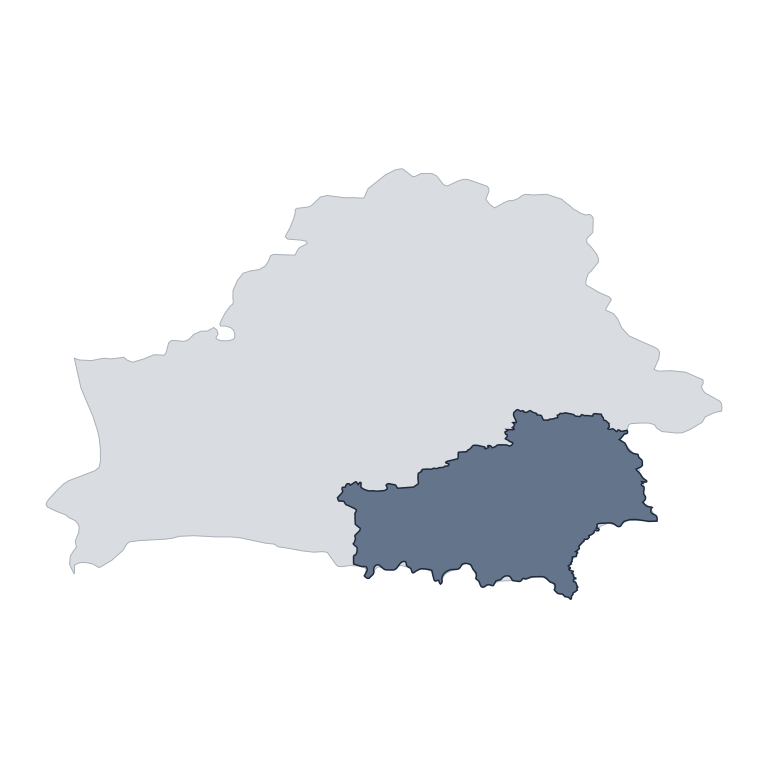 Gomel highlighted on a map of Belarus
{"feature_id": "BLR-2339", "entity_name": "Gomel", "entity_type": "Region", "adm_level": 1, "iso_a3": "BLR", "parent_name": "Belarus", "parent_adm1": "", "projection": "equal_earth", "projection_center": [29.578, 52.294], "detail": "fine", "context": "in_parent", "style": "filled", "palette": "slate", "viewbox_px": 768, "rotation_deg": 0, "n_neighbors": 0, "source": "natural_earth", "source_scale": "10m", "svg_char_len": 9746}
<svg xmlns="http://www.w3.org/2000/svg" viewBox="0 0 768 768"><path d="M656.9,521.0L643.4,520.4L627.2,520.6L618.1,525.6L608.2,523.2L601.2,525.9L585.3,539.5L579.1,546.8L573.2,558.1L569.6,566.5L571.6,572.3L574.6,577.8L575.4,583.6L576.9,588.2L572.9,591.6L570.6,596.4L563.8,595.6L555.5,591.0L553.7,584.2L547.2,579.6L543.0,577.2L536.1,576.8L525.0,579.0L510.5,580.6L499.5,581.1L493.5,583.5L484.7,585.8L481.3,583.0L476.4,575.4L472.4,567.9L469.7,564.6L467.3,563.6L464.3,563.8L460.9,566.2L458.4,568.7L449.2,571.5L445.1,574.2L440.7,581.2L437.7,580.7L434.7,579.1L431.3,571.3L426.5,569.5L418.8,569.4L409.3,567.8L401.6,565.4L398.8,566.0L394.2,569.3L389.2,569.8L378.3,566.8L376.2,568.2L369.8,576.7L366.9,577.2L365.2,576.1L366.2,568.6L360.0,566.0L349.3,565.6L341.8,566.7L338.1,566.4L336.3,564.9L327.3,552.4L322.5,551.6L313.8,552.2L301.0,550.7L286.3,547.9L278.3,546.9L274.1,544.1L265.0,543.1L240.8,537.9L230.9,536.9L216.2,536.9L193.9,535.7L179.6,536.3L172.9,538.1L165.2,539.2L138.7,540.6L129.1,542.0L126.3,544.6L123.0,550.4L111.7,560.3L100.8,566.9L98.9,567.5L92.8,564.0L87.6,562.8L81.6,562.4L77.2,563.5L74.5,565.2L74.5,572.9L73.9,573.5L69.6,564.4L70.3,556.2L73.1,551.5L76.4,547.2L75.3,540.9L78.8,532.5L79.1,526.5L77.9,523.8L75.5,520.8L68.7,517.5L65.8,514.9L56.6,511.4L47.5,507.1L46.1,504.4L46.6,502.6L48.3,499.8L55.7,491.7L63.7,483.9L68.7,480.7L95.0,470.7L99.2,467.2L100.4,461.3L100.4,449.3L99.3,438.5L97.6,431.0L93.2,417.0L81.0,388.1L74.3,358.2L79.4,360.0L91.6,360.6L101.5,358.6L106.5,358.3L111.0,359.0L123.9,357.3L126.9,360.0L132.5,362.3L143.9,358.9L154.0,354.7L164.3,355.2L165.9,353.1L168.8,342.6L171.9,340.3L184.3,341.4L188.9,339.5L193.8,334.3L201.2,331.1L207.3,331.1L213.7,327.5L216.8,329.9L218.1,334.2L215.9,337.7L216.8,339.1L221.1,340.8L228.7,340.7L233.5,339.3L234.7,337.3L234.8,333.7L233.7,330.4L230.6,327.5L224.6,326.0L220.5,325.9L219.8,324.1L221.4,320.2L225.2,313.0L230.0,306.4L232.8,304.0L233.3,301.7L232.9,297.8L233.0,290.7L237.3,280.7L243.0,273.3L250.4,270.9L259.3,269.6L265.1,266.1L268.0,262.1L270.6,255.7L273.5,254.4L294.9,255.2L298.3,248.9L300.2,247.1L304.4,245.2L307.3,243.0L306.2,241.2L300.8,240.1L287.9,239.1L285.4,237.0L286.3,234.5L289.9,228.0L293.3,219.6L295.1,213.2L295.4,209.3L297.3,208.3L307.8,207.1L311.3,205.8L320.4,197.0L327.3,195.5L345.0,197.8L353.1,197.6L363.4,198.2L364.3,197.3L368.1,188.6L385.7,174.7L395.1,169.9L401.0,168.8L403.1,169.1L412.4,176.4L414.6,176.7L420.8,173.6L431.6,173.4L436.6,175.9L443.7,184.9L447.4,186.0L457.9,181.0L463.7,179.3L467.6,179.4L487.3,186.3L488.8,188.6L488.9,191.2L485.8,199.4L489.9,204.5L494.7,207.9L504.9,202.2L508.7,200.7L512.8,200.6L518.3,198.5L522.2,195.4L526.0,194.3L533.3,195.0L546.5,194.3L561.8,199.2L563.2,200.7L570.9,206.6L573.6,209.4L576.1,210.4L580.2,213.2L585.7,215.0L589.5,214.4L591.3,215.4L593.1,217.6L593.2,221.4L592.8,232.4L587.3,238.1L586.6,240.1L586.9,242.5L591.3,247.2L597.0,254.6L598.4,258.9L598.4,262.1L590.8,271.5L588.3,273.7L586.6,278.4L585.7,283.1L586.2,285.0L599.2,292.6L608.8,296.7L610.9,298.7L611.2,299.9L606.2,308.0L605.7,310.2L613.4,313.6L617.7,318.9L621.5,327.6L629.0,335.9L656.3,348.1L658.7,350.3L659.6,352.9L658.8,358.7L654.0,369.5L658.7,371.2L670.7,370.7L685.3,372.1L703.0,379.8L703.2,383.3L701.4,386.5L702.7,389.8L704.7,392.7L720.0,401.3L721.6,403.9L721.9,408.1L721.6,411.2L717.4,411.8L712.7,413.3L705.1,417.0L702.2,422.3L690.0,429.5L682.3,432.8L676.2,433.0L661.7,431.5L656.5,427.9L654.4,424.6L648.8,423.1L641.3,423.0L631.1,423.6L629.0,424.6L627.4,428.6L623.1,435.5L620.1,439.4L633.2,453.2L639.8,458.8L642.0,462.3L641.9,464.7L638.9,467.6L639.4,473.5L645.9,481.2L643.7,482.4L643.2,491.9L643.4,502.1L645.2,504.6L648.6,506.6L651.6,510.3L656.6,518.8L656.9,521.0Z" fill="#d9dde1" stroke="#a8b0b8" stroke-width="1"/><path d="M648.9,521.4L636.4,519.5L629.8,519.6L624.3,521.3L622.8,522.8L620.6,526.1L618.9,526.7L617.2,526.2L613.9,524.0L612.2,523.2L609.5,522.9L599.7,523.4L597.9,523.8L596.8,524.8L597.3,526.3L596.3,528.1L598.4,528.3L599.1,529.5L598.5,530.7L596.6,530.8L596.1,530.2L595.3,530.2L594.2,531.2L594.1,532.5L592.6,533.9L590.7,535.0L588.7,535.6L588.8,536.4L589.2,536.8L589.2,537.4L587.6,539.0L587.0,539.3L584.3,539.3L583.8,541.4L582.4,542.1L581.6,543.2L578.7,546.3L579.2,547.5L579.3,548.9L575.6,551.6L577.6,552.2L577.6,552.9L576.8,553.5L576.5,555.7L576.1,556.5L572.2,557.1L572.6,558.3L571.8,560.2L572.2,561.5L570.8,562.8L571.3,564.0L570.4,564.3L568.3,565.8L568.3,566.5L570.3,567.7L570.3,568.3L568.9,568.9L568.9,569.5L569.7,570.3L573.3,571.3L572.8,572.3L571.8,573.2L573.4,574.3L573.7,575.0L573.3,575.7L573.7,576.8L574.3,577.5L575.8,578.1L575.8,578.8L574.0,578.9L573.5,579.5L573.4,580.7L573.6,581.7L574.9,582.0L575.8,582.5L576.9,585.7L577.7,586.7L577.8,587.2L576.9,587.5L577.3,590.0L575.3,591.7L573.1,592.9L573.0,594.3L571.5,596.2L571.4,598.4L571.1,599.0L570.3,599.2L569.7,598.3L568.0,597.1L564.9,596.7L563.3,594.8L562.3,594.0L559.1,593.8L558.0,593.5L557.0,592.8L554.8,590.6L554.3,589.6L554.5,589.5L555.2,586.9L555.1,585.2L554.5,584.0L553.6,583.3L549.9,581.9L546.2,578.2L544.2,577.0L542.2,576.6L532.1,576.8L530.5,577.2L526.2,579.0L525.3,579.0L524.1,578.4L523.4,578.3L522.5,578.9L521.3,580.6L520.5,581.2L519.3,581.5L512.8,580.6L511.9,579.6L511.2,578.3L510.0,576.6L508.8,576.0L507.2,575.8L505.6,576.0L504.2,576.5L502.7,577.5L500.6,579.7L496.1,580.8L493.3,585.6L491.9,585.6L488.8,584.6L487.1,585.0L484.3,586.9L482.8,587.3L481.2,586.6L480.3,585.0L478.9,581.2L477.4,579.9L476.2,579.2L475.8,578.1L476.4,575.8L476.2,573.4L475.3,572.0L472.9,569.1L471.4,565.8L470.6,564.7L468.8,563.9L466.0,563.3L463.1,563.8L461.7,564.9L460.0,567.7L458.6,568.9L456.7,569.4L452.3,569.5L450.2,569.8L447.9,570.8L445.6,572.2L443.6,574.1L442.2,576.6L442.0,578.2L442.1,581.6L441.8,582.9L440.5,584.1L439.7,583.2L438.7,580.4L437.8,580.3L435.8,581.1L434.6,580.7L434.0,579.7L432.4,573.4L432.2,571.6L431.6,570.3L429.8,569.7L423.4,568.7L421.4,568.7L419.6,569.2L416.0,571.1L414.1,572.5L413.2,572.9L412.3,572.6L410.7,568.4L406.9,566.0L406.3,564.9L406.3,563.4L406.0,562.5L405.0,561.5L403.5,561.4L401.9,562.0L400.4,563.1L396.6,568.3L394.9,569.6L393.5,570.0L386.5,569.9L385.2,569.7L383.9,569.1L379.6,565.4L378.1,564.7L376.4,565.0L375.1,565.9L374.1,567.5L373.6,569.3L373.9,572.4L373.2,574.2L369.0,578.3L367.9,578.4L366.9,578.1L364.8,576.5L364.3,575.8L366.8,571.3L367.3,569.0L366.5,567.1L365.3,566.6L361.3,566.5L353.6,564.0L353.5,556.6L354.2,555.2L355.5,555.0L356.2,553.9L357.0,551.6L357.2,548.9L357.0,547.6L356.6,547.0L354.0,544.9L353.2,543.8L354.4,542.2L355.4,539.0L355.4,538.0L354.8,536.1L355.0,535.3L359.3,531.0L359.9,530.1L360.3,528.8L359.7,527.7L357.9,526.6L355.3,524.2L355.0,518.0L355.1,515.6L354.9,513.6L355.1,512.9L356.1,511.6L356.4,510.2L355.2,508.9L348.2,505.5L346.2,504.8L345.4,504.0L344.3,501.9L343.8,501.5L343.0,501.2L338.8,501.0L338.0,499.7L337.8,498.5L337.4,497.8L342.0,492.8L342.8,491.3L342.0,489.2L342.1,487.8L342.3,487.4L345.2,487.1L346.4,484.4L347.4,483.7L349.3,483.8L350.3,485.2L355.2,482.0L355.9,481.8L356.3,481.9L358.2,484.6L359.4,482.7L359.9,482.4L360.8,482.5L361.1,483.0L360.9,486.8L361.3,487.6L363.9,489.3L368.4,490.9L374.0,490.8L376.3,491.2L384.2,490.6L385.1,490.3L387.1,489.0L387.0,487.0L386.1,485.4L386.2,484.9L387.3,484.0L388.5,483.6L395.3,484.9L395.8,485.4L397.4,488.1L398.0,488.2L413.5,487.1L418.3,483.8L418.4,482.5L417.9,478.1L418.2,473.5L419.3,472.6L421.5,471.6L421.8,471.2L421.4,470.5L422.5,469.4L427.2,469.0L431.2,469.3L433.5,468.2L437.0,468.6L439.2,467.6L443.2,467.4L444.9,466.2L447.8,466.0L448.9,464.9L448.9,464.0L446.1,463.0L445.7,462.5L446.0,461.9L447.6,461.2L457.6,458.8L458.2,457.5L458.2,452.8L458.6,452.2L466.8,451.7L467.7,450.1L469.9,449.1L472.5,446.0L473.3,445.4L474.8,445.2L477.8,445.4L484.7,447.0L485.0,447.3L484.8,448.6L485.4,448.8L488.5,447.6L488.6,446.9L487.7,446.1L488.0,445.6L488.5,445.5L490.6,445.8L492.1,447.6L492.9,447.7L495.6,446.5L497.0,445.2L498.9,444.8L506.5,444.9L509.3,446.0L511.2,445.5L511.9,444.9L512.9,443.1L512.5,442.6L509.5,441.4L507.7,440.0L505.3,438.8L505.5,438.3L507.1,436.6L507.3,435.6L507.0,434.7L505.6,434.2L504.9,432.2L505.1,431.8L507.6,430.7L507.7,430.4L506.6,429.5L513.4,429.8L514.0,429.3L514.1,428.7L512.2,427.7L514.0,426.2L514.5,424.3L512.7,422.6L513.7,422.4L515.9,422.6L516.4,422.4L516.5,422.0L513.7,415.8L513.5,414.5L513.7,413.0L514.2,412.0L515.3,411.3L516.2,410.2L517.1,409.7L518.2,409.8L520.8,411.3L522.3,410.7L523.2,410.8L523.8,411.3L523.9,412.0L524.8,412.4L527.2,412.1L529.8,410.6L530.8,410.8L532.6,412.2L536.2,413.3L536.7,413.6L537.0,414.9L540.7,415.3L541.4,415.7L543.3,419.8L544.5,420.1L548.6,420.1L549.2,419.3L552.9,418.9L556.5,417.8L557.8,417.7L557.3,415.2L559.0,414.7L560.1,413.4L563.1,413.5L565.4,412.8L573.1,414.4L574.2,415.0L574.7,415.7L576.1,416.2L579.8,416.5L580.5,416.2L581.2,415.0L581.8,414.6L584.9,415.7L586.7,415.5L592.6,416.1L592.9,414.9L593.5,414.0L594.9,413.6L601.4,414.3L601.9,416.3L603.2,417.6L603.7,420.0L606.1,420.8L607.0,421.9L609.1,423.5L608.9,425.1L609.4,426.6L609.1,427.2L607.9,428.3L607.9,428.8L608.4,429.2L609.4,429.4L612.4,428.8L613.4,429.0L616.5,431.6L616.8,431.6L617.7,430.3L618.3,429.9L619.2,430.0L620.8,431.3L622.6,431.2L627.2,430.3L627.6,432.1L627.4,433.0L626.7,433.6L624.3,434.1L620.8,438.4L619.2,439.6L624.6,442.9L625.8,444.6L627.8,449.0L629.3,450.8L631.5,452.4L633.8,453.6L637.7,454.3L638.2,455.0L638.4,456.1L639.0,457.6L641.7,459.8L642.3,461.5L642.4,465.3L640.9,467.0L636.1,469.1L636.9,470.5L640.1,473.7L642.3,477.3L643.2,478.4L645.8,480.1L646.8,481.1L646.5,481.9L645.5,482.1L641.9,481.7L643.1,483.1L641.8,483.6L641.3,484.3L641.5,485.1L642.4,486.0L644.0,486.9L644.1,489.1L643.7,491.7L643.7,494.0L645.5,496.7L645.6,498.3L645.2,499.5L644.5,500.6L642.7,502.2L644.9,504.6L647.3,506.4L651.0,507.0L652.2,507.5L651.4,508.3L651.0,509.4L650.8,510.7L651.0,512.0L651.6,512.9L652.2,513.5L655.8,515.4L656.8,516.7L657.1,518.4L657.0,521.1L648.9,521.4Z" fill="#64748b" stroke="#1e293b" stroke-width="1.5"/></svg>